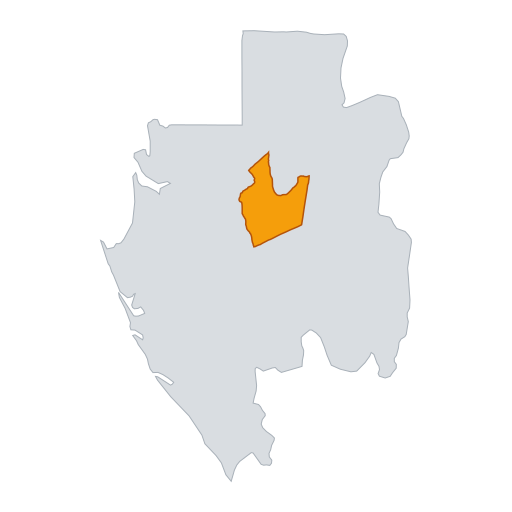 Lopè, Ogooué-Ivindo, Gabon shown in context
{"feature_id": "22940354B97125723234680", "entity_name": "Lopè", "entity_type": "district", "adm_level": 2, "iso_a3": "GAB", "parent_name": "Gabon", "parent_adm1": "Ogooué-Ivindo", "projection": "equal_earth", "projection_center": [11.763, -0.029], "detail": "fine", "context": "in_parent", "style": "filled", "palette": "amber", "viewbox_px": 512, "rotation_deg": 0, "n_neighbors": 0, "source": "geoboundaries", "source_scale": "gbopen_adm2", "svg_char_len": 6102}
<svg xmlns="http://www.w3.org/2000/svg" viewBox="0 0 512 512"><path d="M347.5,40.9L347.3,46.0L343.0,58.4L341.0,67.9L340.5,78.1L341.7,86.3L343.7,92.1L345.1,98.5L344.0,102.9L342.0,104.8L343.4,107.1L346.5,107.6L351.8,105.7L359.9,102.3L370.5,97.4L377.5,94.7L389.1,96.4L395.3,98.2L398.4,101.7L401.8,116.3L403.5,118.5L406.3,124.8L408.7,132.2L409.2,136.0L408.9,138.7L406.6,142.8L403.9,148.7L403.0,152.3L400.8,155.0L398.0,157.6L390.3,158.7L389.1,160.2L386.9,166.6L382.8,171.9L381.0,177.0L379.3,183.7L379.7,192.1L378.9,204.1L378.0,212.3L380.1,215.1L389.3,217.1L391.1,218.7L393.5,223.8L396.7,228.5L405.1,231.5L408.4,235.1L411.1,239.1L411.4,242.4L409.5,255.4L407.6,268.0L408.4,277.6L409.0,286.7L410.0,300.0L409.6,308.1L407.2,313.0L407.2,316.9L408.3,321.6L406.2,334.5L404.8,336.7L401.0,339.1L399.0,342.6L398.4,348.1L396.4,355.5L394.3,358.3L394.3,361.7L396.3,364.3L396.2,368.2L392.5,372.8L390.2,376.3L385.2,378.0L379.4,376.2L378.1,373.6L379.5,369.6L379.0,366.4L377.0,363.0L373.9,354.4L371.2,352.5L369.7,356.1L365.0,362.7L356.7,371.1L350.9,371.8L340.3,369.2L331.3,365.2L327.1,355.3L324.4,347.1L320.6,337.6L316.3,333.0L311.8,330.1L309.7,329.9L303.2,335.2L301.2,337.3L301.2,341.8L301.8,345.9L302.8,347.9L303.7,350.6L303.5,354.8L302.4,360.3L302.0,366.4L281.4,372.4L277.9,370.2L275.3,367.5L272.2,368.0L263.3,371.1L260.0,368.9L256.7,367.3L255.2,368.6L255.1,371.3L256.6,385.6L256.1,391.1L254.1,398.2L253.1,403.1L258.5,404.5L260.5,406.7L262.4,410.3L265.1,413.7L265.2,415.7L262.3,419.5L261.2,424.1L262.7,427.7L266.4,431.5L271.8,435.4L274.4,438.0L274.1,440.3L271.6,445.4L270.7,449.6L269.0,453.4L269.3,456.9L271.8,460.2L271.5,463.2L269.8,465.4L266.5,464.9L263.6,465.2L261.1,464.3L253.1,453.0L251.3,452.6L239.7,461.4L236.8,465.0L234.4,470.1L231.2,481.3L225.9,474.8L221.4,462.9L216.1,455.6L204.9,443.8L201.9,435.1L189.1,415.9L170.7,396.7L157.5,380.1L155.5,376.4L157.7,376.8L170.5,385.1L172.3,384.2L173.7,382.3L168.2,378.0L162.9,374.6L158.0,372.4L153.0,372.6L150.2,369.1L148.4,363.7L147.5,359.2L145.3,354.4L138.2,344.5L136.5,340.7L132.7,335.5L135.0,334.8L142.6,339.8L143.2,337.8L142.6,334.9L135.0,330.1L130.9,329.8L129.9,326.5L130.5,322.7L125.1,308.3L119.4,297.5L118.5,292.4L133.7,315.8L135.8,316.2L138.5,316.0L144.7,313.4L143.5,310.3L140.7,306.9L138.0,308.4L134.4,308.8L132.5,307.4L131.7,305.0L135.2,293.6L133.7,294.2L132.5,296.2L130.6,297.1L127.5,297.7L120.1,291.6L113.5,275.2L111.7,271.8L109.9,266.1L108.2,263.8L100.6,240.4L103.5,242.1L107.0,248.9L113.7,247.5L116.3,243.6L118.6,243.7L121.0,242.8L123.9,239.1L132.5,223.0L134.8,201.8L134.1,189.2L132.8,176.6L135.7,172.6L136.8,175.3L137.3,179.7L138.7,183.0L141.8,186.0L147.5,186.8L156.3,191.4L159.4,194.3L160.3,188.5L170.4,183.4L167.4,181.6L158.3,183.6L146.0,176.1L141.9,171.3L138.0,162.3L134.0,157.5L134.3,153.3L143.2,149.4L145.6,149.8L146.5,154.5L148.9,156.4L149.8,155.8L150.2,151.8L150.2,141.1L147.5,125.7L148.4,122.8L150.8,121.7L153.0,119.7L154.5,119.3L157.5,119.7L159.0,123.2L159.8,125.2L162.9,126.1L165.4,128.0L167.5,127.5L169.3,125.2L171.9,124.8L180.0,124.8L187.3,124.9L202.0,124.9L216.6,125.0L231.2,125.0L242.2,125.1L242.2,116.3L242.1,102.8L242.0,86.8L242.0,71.4L241.9,57.3L241.9,40.5L242.5,35.7L243.2,33.7L242.9,30.9L254.2,30.7L274.7,32.0L283.7,31.8L286.2,32.0L297.4,31.2L306.4,32.2L310.3,33.4L313.8,34.0L324.6,34.7L338.8,33.8L343.6,34.0L346.2,36.4L347.5,40.9Z" fill="#d9dde1" stroke="#a8b0b8" stroke-width="1"/><path d="M254.7,178.7L254.5,179.2L254.3,179.7L254.2,180.1L254.2,180.5L254.4,180.8L254.6,181.2L254.7,181.8L254.7,182.3L254.6,182.7L254.3,183.2L253.3,184.0L252.8,184.6L251.8,185.5L250.8,186.2L249.7,186.6L248.3,187.1L247.9,187.6L247.7,188.2L247.4,188.6L245.9,189.3L245.2,189.8L244.4,190.4L243.5,190.8L243.0,191.1L242.7,191.6L242.4,192.3L242.2,192.7L241.8,192.9L241.3,193.0L240.9,193.2L240.6,193.7L240.5,194.4L240.3,195.3L240.3,196.1L240.1,196.6L239.8,197.3L239.4,197.9L239.2,198.6L239.0,199.4L239.1,200.1L239.4,200.8L239.8,201.4L240.3,201.7L241.1,202.0L241.4,202.1L241.7,202.6L241.9,203.5L242.1,205.3L242.2,207.9L242.2,210.9L242.2,212.6L242.2,213.6L242.4,214.0L242.9,214.8L243.4,216.0L244.3,217.3L244.7,218.1L245.3,218.8L245.6,219.8L245.8,221.1L245.8,222.3L245.8,223.2L245.7,224.0L245.8,224.9L246.2,225.9L246.5,227.3L246.7,228.3L247.0,229.2L247.7,230.1L248.3,230.9L249.1,231.6L249.5,232.1L249.7,232.8L250.5,233.7L251.1,235.1L251.5,236.5L251.8,238.1L251.9,239.7L252.2,241.2L252.5,242.6L253.0,243.6L253.2,244.5L253.3,245.2L253.5,245.5L253.7,245.9L253.8,246.8L254.7,246.7L255.5,246.5L256.2,246.1L257.0,245.7L257.8,245.4L258.9,244.9L260.2,244.6L261.3,243.9L262.5,243.2L264.4,242.2L265.6,241.6L267.3,240.7L268.6,240.0L270.2,239.5L272.3,238.5L277.1,236.0L280.7,234.2L286.0,231.9L290.4,229.8L293.3,228.6L297.8,226.7L301.2,225.0L301.6,224.7L302.9,216.7L304.0,208.9L305.2,201.2L307.0,190.2L307.7,184.8L308.2,183.8L308.5,182.7L308.7,180.5L308.9,179.7L309.0,178.3L309.1,176.5L309.1,175.9L308.3,176.1L307.4,176.6L306.5,176.7L305.2,176.6L303.9,176.4L303.6,176.1L302.8,176.1L301.1,176.0L300.3,176.1L299.3,176.7L298.9,177.0L298.0,177.4L297.9,178.0L297.9,179.4L297.9,182.0L297.6,182.7L296.1,185.2L295.4,186.1L294.8,186.3L294.3,187.0L293.5,187.5L292.9,187.9L291.0,190.3L288.3,193.0L287.2,193.9L286.4,194.5L285.5,194.6L283.9,194.6L282.4,194.8L281.7,195.2L280.8,195.6L279.4,195.5L278.2,195.4L277.2,195.0L276.5,194.5L275.5,193.3L274.5,192.1L273.9,190.8L273.5,189.7L272.9,187.8L272.5,186.3L272.5,184.5L272.3,179.4L272.0,178.2L271.5,177.3L270.8,176.1L270.5,175.1L270.2,174.0L270.1,173.0L270.0,172.0L270.0,171.3L270.0,170.3L269.9,168.9L269.9,167.6L269.4,166.6L269.0,165.6L268.8,165.1L268.7,164.6L268.7,164.3L268.6,163.3L268.6,162.7L268.4,162.2L268.4,161.5L268.6,161.0L268.7,160.6L268.6,160.0L268.4,159.5L268.4,159.0L268.4,158.4L268.6,157.8L268.6,156.9L268.8,156.0L268.9,155.1L268.8,154.4L268.6,153.8L268.5,152.9L268.5,152.4L267.7,153.4L267.0,154.0L265.8,154.8L264.0,156.3L261.7,158.4L258.4,161.5L256.4,163.1L255.1,164.1L253.2,166.2L252.0,167.2L251.2,167.7L250.4,168.4L249.9,169.1L249.2,169.9L248.7,170.3L248.9,170.7L249.3,171.3L250.4,172.6L251.4,173.5L252.3,174.5L253.2,176.0L253.6,177.0L254.4,177.7L254.6,178.4L254.7,178.7Z" fill="#f59e0b" stroke="#b45309" stroke-width="1.5"/></svg>